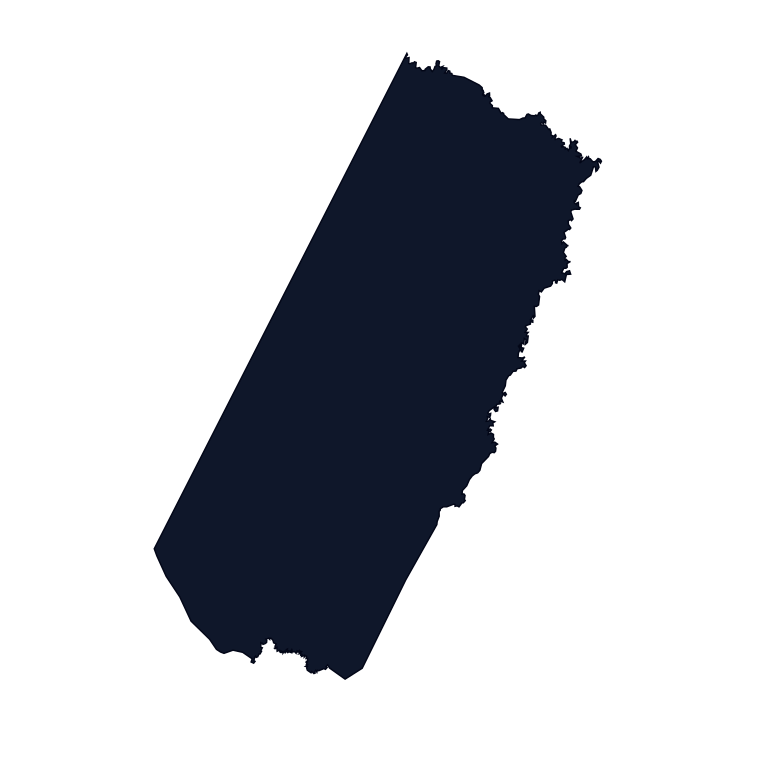 outline of Keerom, Papua, Indonesia, rotated 207°
{"feature_id": "22746128B17774751253690", "entity_name": "Keerom", "entity_type": "district", "adm_level": 2, "iso_a3": "IDN", "parent_name": "Indonesia", "parent_adm1": "Papua", "projection": "equal_earth", "projection_center": [140.467, -3.327], "detail": "fine", "context": "isolated", "style": "filled", "palette": "ink", "viewbox_px": 768, "rotation_deg": 207, "n_neighbors": 0, "source": "geoboundaries", "source_scale": "gbopen_adm2", "svg_char_len": 6104}
<svg xmlns="http://www.w3.org/2000/svg" viewBox="0 0 768 768"><g transform="rotate(207 384 384)"><path d="M282.5,591.2L283.2,590.6L288.7,592.0L289.2,589.8L290.8,591.9L290.5,594.3L288.6,595.5L288.7,597.0L292.5,600.8L290.0,605.7L288.8,605.9L288.4,607.8L292.2,610.0L293.9,613.0L292.6,615.2L291.1,614.7L290.5,616.9L295.8,622.2L295.8,624.1L293.5,626.3L289.2,628.4L289.1,630.1L291.1,630.2L293.3,634.0L294.5,632.5L294.2,631.1L296.9,631.9L297.6,633.7L296.4,633.6L296.8,640.6L295.1,643.1L295.5,646.3L299.2,648.5L300.8,648.2L300.9,651.0L299.6,653.9L298.1,654.9L297.1,659.0L294.6,663.9L296.0,672.7L294.2,673.4L291.7,669.7L291.0,671.3L290.9,674.8L294.4,678.7L293.6,680.1L291.4,679.1L291.4,681.2L293.3,682.3L295.6,682.1L296.7,678.1L298.8,676.8L302.5,678.3L303.6,677.8L304.9,679.2L305.2,677.1L306.5,678.3L307.3,674.8L310.0,669.7L310.0,675.7L311.6,674.5L315.3,674.5L311.5,676.8L313.0,678.3L318.7,678.5L318.8,682.2L322.2,684.0L321.3,687.4L322.4,688.0L322.9,686.9L324.4,687.7L324.7,686.1L326.8,684.4L329.7,687.4L326.7,682.9L326.8,680.3L326.2,679.3L325.2,680.3L324.5,679.2L325.8,677.5L325.8,675.7L328.0,677.0L329.1,675.6L330.0,677.1L332.1,676.8L333.1,675.7L334.0,676.5L332.2,679.6L333.0,680.7L335.6,680.2L336.4,681.2L336.2,682.3L339.8,682.1L342.4,679.6L343.2,680.6L343.3,683.1L344.3,684.0L346.0,680.5L346.2,681.7L348.3,681.7L349.3,684.0L352.1,686.5L352.9,685.6L357.5,687.9L361.7,686.1L362.7,687.2L362.3,688.6L360.3,688.4L360.5,689.8L358.6,689.9L359.3,692.0L362.1,692.8L362.8,694.3L367.4,695.7L368.2,697.0L369.2,695.7L368.9,693.7L369.8,692.2L370.8,692.6L371.7,691.3L374.9,690.0L378.0,690.1L379.0,689.1L379.1,685.1L380.9,684.1L383.3,681.1L393.6,676.6L399.4,678.3L400.4,679.5L401.8,679.5L402.4,678.3L407.2,681.5L413.0,679.2L413.8,681.2L417.1,682.2L417.5,683.5L416.3,685.4L419.7,687.6L421.2,687.5L420.9,689.0L422.1,691.1L423.8,689.3L424.2,686.8L426.0,687.1L425.5,686.1L427.3,686.2L427.9,687.7L427.3,688.8L429.0,690.6L429.7,690.2L431.1,692.6L434.8,693.6L451.9,693.6L463.3,690.0L464.5,691.4L466.4,691.0L467.4,692.6L469.0,692.4L469.3,689.3L471.2,688.6L470.8,692.7L471.5,694.0L474.8,692.8L475.4,691.0L476.2,691.7L475.9,693.5L477.7,691.5L479.7,692.4L480.9,696.5L482.5,696.6L483.7,695.6L483.0,692.8L481.7,691.6L482.7,690.1L482.3,686.8L482.9,684.3L485.8,685.8L486.9,687.4L488.6,686.7L490.2,683.1L489.9,681.8L492.5,680.3L496.0,682.1L498.1,680.3L499.5,680.3L501.3,685.1L503.1,684.9L503.7,682.7L504.7,683.0L506.4,681.0L507.5,680.9L509.9,686.2L512.4,684.1L513.1,685.6L512.5,687.9L513.7,688.9L513.9,132.9L508.3,127.7L490.7,113.7L469.3,101.6L448.2,85.1L423.5,77.4L412.8,71.5L408.0,71.0L404.3,71.4L397.7,78.3L388.1,80.8L376.7,79.3L376.2,76.0L373.4,76.1L373.0,78.3L374.4,78.5L375.2,81.9L374.9,83.1L373.8,82.4L372.7,83.6L372.8,86.6L371.9,87.2L371.8,90.2L372.7,90.1L372.7,93.7L374.2,93.4L376.4,97.7L375.2,97.8L374.5,96.7L374.6,97.6L373.6,97.1L372.1,98.7L371.3,100.4L372.1,102.4L373.5,103.0L371.5,105.1L369.9,104.6L370.3,105.7L369.1,106.2L366.5,105.2L364.8,103.3L362.1,103.5L362.0,100.8L360.9,100.0L361.6,98.9L360.9,98.7L359.9,100.7L357.9,97.4L356.4,99.2L355.3,98.3L354.8,100.1L354.4,97.4L353.9,99.0L353.3,98.4L352.4,99.1L353.3,100.2L352.4,99.8L351.8,98.5L351.4,100.6L350.1,99.7L349.8,101.7L351.1,101.8L350.2,102.1L350.4,103.1L349.8,103.9L349.6,102.7L348.7,102.6L348.7,101.2L347.8,101.0L347.3,102.2L345.3,102.5L346.5,103.1L345.0,103.2L345.8,103.9L345.6,105.5L343.7,103.8L342.3,105.0L340.1,104.2L340.3,105.4L339.7,106.0L340.3,106.9L339.4,107.2L338.8,106.3L338.3,107.8L337.4,106.3L337.0,108.0L335.9,108.1L337.0,105.2L335.7,106.1L335.0,104.6L334.1,105.4L333.7,103.9L331.8,106.1L331.1,104.6L330.7,106.2L329.3,106.3L328.8,104.0L327.5,104.9L326.1,102.1L327.2,101.6L327.1,100.7L325.8,100.5L325.9,99.1L324.6,99.1L325.7,96.8L324.0,97.4L324.0,95.9L322.4,94.2L317.9,93.6L317.8,95.1L315.0,94.2L314.1,95.3L315.2,95.8L314.9,97.7L313.0,96.8L313.5,98.6L312.0,98.9L308.4,103.1L306.6,103.2L306.0,105.5L307.3,105.7L306.7,108.1L303.4,106.2L284.7,103.4L274.4,120.8L275.7,219.3L273.1,282.7L274.2,285.6L274.8,291.2L277.1,295.6L276.6,296.8L277.2,298.5L275.4,301.5L272.3,303.1L267.5,308.4L266.0,309.0L265.2,307.3L263.5,308.6L261.4,308.6L260.6,313.4L259.4,314.2L258.7,317.0L260.0,317.7L261.2,321.5L262.9,322.3L264.4,321.2L265.8,324.7L264.1,330.9L264.5,337.5L263.7,342.1L262.3,345.2L260.2,347.4L259.4,350.6L260.9,357.4L258.0,366.9L258.2,370.0L256.8,372.2L254.6,372.9L254.1,374.7L255.2,377.7L257.2,379.1L255.6,382.0L258.9,382.5L261.1,380.8L260.9,385.1L262.3,386.1L263.6,388.8L266.3,388.9L268.3,386.2L269.1,388.9L267.8,389.7L267.5,391.8L269.1,392.1L270.1,389.9L270.9,389.7L270.8,394.9L267.7,396.3L269.4,398.7L268.2,400.6L272.5,400.0L273.5,401.2L274.0,398.3L275.9,397.2L276.0,400.5L277.1,401.9L274.9,402.2L274.8,404.0L275.6,406.2L277.2,404.6L278.3,405.1L278.2,408.0L275.4,413.5L274.3,411.3L272.1,410.2L270.6,411.6L271.8,415.1L273.9,413.4L274.3,417.1L271.6,419.0L271.5,419.9L273.0,420.2L273.0,421.5L269.9,421.9L272.7,424.3L273.2,426.1L272.8,429.4L270.7,428.4L270.3,430.4L272.2,431.5L273.9,429.5L274.9,430.1L275.1,437.4L277.1,442.8L276.7,448.0L275.5,449.3L274.8,453.9L272.3,455.4L272.3,458.1L269.2,460.4L268.3,462.7L266.2,462.5L265.7,464.8L268.7,466.7L268.4,468.7L271.8,467.0L270.8,472.1L272.5,470.0L276.6,468.4L278.3,472.7L278.5,476.3L277.9,477.0L276.4,475.2L275.5,475.3L275.8,479.3L278.4,478.7L279.6,482.2L280.3,481.5L279.8,477.7L281.5,478.8L280.0,483.3L277.6,483.1L279.7,488.3L277.6,488.0L276.0,483.8L275.1,486.1L277.3,492.2L278.8,491.4L279.5,493.4L279.0,495.4L281.8,494.1L281.3,498.0L284.0,499.0L283.8,500.7L280.8,503.8L281.8,506.0L279.5,506.6L280.3,508.2L282.6,507.8L282.1,512.8L281.4,512.9L280.7,511.0L280.2,512.8L285.3,521.4L283.3,522.4L282.2,524.6L285.1,532.5L287.2,534.0L288.1,537.6L285.6,537.5L284.8,542.1L280.0,546.9L279.6,549.9L280.8,552.1L278.9,554.0L277.8,553.7L277.1,552.1L275.9,552.3L276.5,555.7L274.4,556.3L272.9,558.0L269.4,557.1L271.2,564.4L267.6,566.6L270.1,569.1L272.3,567.1L272.9,564.3L276.3,563.9L276.4,568.7L274.4,569.8L273.8,571.2L275.6,574.4L273.5,577.8L275.0,576.7L278.2,577.7L278.7,576.6L280.2,578.8L279.6,580.4L283.9,582.6L284.6,587.3L283.6,588.7L283.5,590.6L283.1,590.6L282.5,591.2Z" fill="#0f172a" stroke="#020617" stroke-width="1.5"/></g></svg>